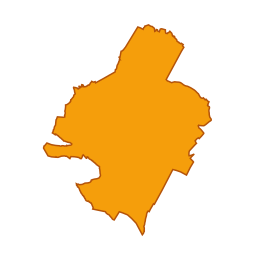 Xochitlán Todos Santos, Puebla, Mexico, rotated 6°
{"feature_id": "50627088B34360163600394", "entity_name": "Xochitlán Todos Santos", "entity_type": "district", "adm_level": 2, "iso_a3": "MEX", "parent_name": "Mexico", "parent_adm1": "Puebla", "projection": "albers", "projection_center": [-97.79, 18.694], "detail": "fine", "context": "isolated", "style": "filled", "palette": "amber", "viewbox_px": 256, "rotation_deg": 6, "n_neighbors": 0, "source": "geoboundaries", "source_scale": "gbopen_adm2", "svg_char_len": 5640}
<svg xmlns="http://www.w3.org/2000/svg" viewBox="0 0 256 256"><g transform="rotate(6 128 128)"><path d="M153.4,232.7L154.2,231.4L154.5,230.7L154.5,230.2L155.0,229.1L154.9,228.8L154.7,228.4L154.9,227.8L154.7,227.3L154.7,226.1L154.3,224.7L154.1,224.6L154.1,223.9L154.5,222.7L154.6,222.0L154.6,220.6L154.6,220.3L154.8,219.6L154.8,219.0L154.9,218.6L154.9,216.6L155.5,213.1L155.5,211.7L155.7,210.6L156.1,209.4L156.7,208.5L157.8,209.0L158.8,206.3L161.3,200.7L162.2,201.1L168.3,186.5L176.9,164.6L180.8,165.2L185.0,166.2L191.1,168.7L194.0,160.8L196.7,155.0L196.0,154.2L193.8,152.4L193.1,151.7L194.0,150.2L196.6,147.0L194.0,148.4L191.7,149.2L191.4,148.4L191.3,147.6L191.2,146.1L191.3,144.9L191.6,144.1L196.3,137.8L197.7,136.1L197.0,135.4L196.4,134.1L196.1,133.8L196.1,133.6L196.6,133.1L197.4,131.8L199.0,130.4L199.9,131.1L202.0,128.4L203.9,125.6L203.8,125.0L201.2,122.4L199.9,121.3L198.6,120.6L197.6,118.5L198.0,117.8L198.9,118.0L201.2,118.0L202.7,117.9L203.6,117.6L205.1,116.3L208.3,113.0L209.3,112.3L209.9,111.6L209.9,111.2L209.8,110.8L209.7,110.4L208.4,108.9L208.2,108.6L207.9,107.8L207.4,106.2L207.2,104.7L206.7,102.8L206.6,101.7L206.6,101.3L206.8,100.5L206.9,99.9L206.9,99.0L206.7,98.5L206.5,98.3L205.9,98.0L205.4,97.6L205.0,97.6L204.8,97.4L204.9,96.2L205.2,95.9L205.1,95.6L206.0,92.9L205.3,93.6L202.6,91.2L201.8,91.9L199.8,90.1L199.2,90.6L197.6,90.5L196.3,89.4L195.3,87.9L194.5,86.7L193.1,85.7L191.2,84.1L189.8,83.2L186.3,81.5L183.0,80.3L181.2,80.1L180.2,79.9L178.2,79.0L177.9,78.7L175.6,77.4L173.9,77.1L171.9,77.2L169.5,77.2L167.9,77.8L166.8,78.3L166.4,78.3L163.5,77.3L162.2,77.0L160.9,75.8L173.2,45.9L175.1,41.9L173.6,40.6L174.2,39.3L172.2,38.2L171.8,38.7L169.7,37.8L169.7,37.5L167.8,36.7L167.1,35.0L164.8,33.2L165.0,32.6L164.2,31.9L164.1,32.5L162.6,31.7L162.0,30.0L161.5,29.1L159.5,27.4L158.7,28.6L157.5,29.3L157.3,29.9L155.8,29.9L155.4,29.0L155.3,28.9L155.0,27.3L154.9,26.4L151.1,25.8L149.8,26.2L149.3,28.1L149.1,29.0L147.4,28.4L147.2,28.2L147.0,27.3L145.9,27.1L145.4,28.5L144.5,29.1L143.8,26.1L141.4,24.5L140.3,24.5L139.7,24.3L137.7,23.3L137.2,23.5L134.0,25.0L134.1,25.5L133.9,25.9L133.1,26.7L132.7,28.3L130.1,27.2L127.2,26.5L117.0,48.0L116.1,49.3L115.3,50.8L114.7,51.2L114.5,51.6L114.2,51.9L113.1,52.4L112.8,56.1L112.8,56.5L112.6,57.9L112.4,58.3L111.8,58.4L111.8,58.6L112.6,58.5L112.4,60.3L112.5,60.3L112.6,60.6L112.8,60.8L112.6,60.8L112.5,61.1L112.4,61.0L112.3,61.6L112.4,62.0L111.9,63.0L111.9,63.7L111.5,64.5L111.5,65.0L110.7,66.7L110.5,68.5L110.5,69.5L110.2,70.7L109.4,71.2L109.3,73.6L103.1,78.0L102.9,78.2L91.1,86.5L90.7,85.7L90.5,85.4L90.4,85.5L90.0,85.5L89.6,85.8L89.0,86.0L88.5,85.9L87.0,85.4L86.8,86.1L86.0,87.0L85.6,88.1L85.2,88.7L84.8,89.0L84.7,89.5L84.0,89.5L83.7,89.6L82.8,90.6L82.3,90.7L82.1,91.1L80.2,91.6L79.3,91.6L79.4,91.3L79.3,90.8L79.0,90.9L79.0,90.6L78.9,90.2L78.6,89.8L77.5,89.7L77.3,90.3L77.8,90.9L77.6,91.6L77.2,91.3L76.5,92.6L75.3,91.6L75.0,91.6L74.9,92.1L75.8,93.0L74.6,94.3L73.9,94.2L73.7,93.7L71.6,93.3L69.7,93.2L69.6,93.7L70.7,95.8L71.2,97.8L71.9,99.5L71.6,100.0L71.0,100.5L70.7,101.3L70.5,102.8L69.9,103.5L68.4,105.9L68.2,105.9L68.1,107.0L67.8,107.8L68.0,107.9L67.7,108.4L67.2,109.0L66.3,109.8L65.2,110.9L63.5,111.6L63.7,113.1L63.7,115.3L63.6,117.4L63.4,117.7L64.1,119.7L63.7,122.0L63.8,122.0L63.9,123.7L62.6,124.1L56.6,124.3L56.0,126.7L55.6,127.4L55.6,132.8L54.8,134.2L54.6,135.4L54.6,136.6L53.9,137.9L53.9,138.3L54.1,138.6L53.3,140.8L54.6,141.4L56.4,142.4L56.8,141.6L58.9,142.9L59.5,143.0L59.6,143.3L60.1,143.7L60.8,144.1L61.3,144.6L62.3,145.1L63.7,146.2L65.0,147.1L65.3,147.6L66.7,147.7L67.6,148.0L68.4,148.1L69.1,148.4L69.6,148.4L71.1,148.6L72.1,148.6L73.1,149.3L73.7,149.6L73.7,150.4L72.9,151.0L72.1,151.3L71.5,151.3L70.3,151.7L69.7,151.8L69.0,151.7L69.1,152.2L69.0,152.3L67.3,152.4L66.8,152.6L65.5,152.4L64.2,152.5L63.7,152.8L63.5,153.0L62.0,153.0L61.6,152.8L59.6,152.9L57.4,152.9L53.7,152.6L51.0,152.0L51.0,151.9L48.9,151.4L46.7,154.7L46.4,154.7L46.1,156.7L46.2,157.0L51.4,164.1L55.0,164.7L59.4,164.6L59.5,164.2L60.5,164.6L61.5,164.5L64.7,163.0L67.7,162.4L68.8,162.6L69.9,162.5L70.7,162.9L73.4,164.5L74.2,162.4L77.5,162.2L80.3,162.3L82.1,162.5L83.5,163.1L83.7,163.4L84.8,163.3L85.3,162.1L85.6,161.1L85.6,160.4L85.9,159.8L86.3,159.4L89.7,162.5L90.1,162.4L90.3,161.0L91.0,161.0L92.8,162.8L94.8,163.6L95.4,164.2L95.9,164.1L96.0,164.2L96.7,164.7L96.7,165.0L97.3,165.3L98.0,165.8L98.4,165.9L98.8,166.4L99.4,166.6L100.4,167.7L100.7,167.7L101.7,168.4L103.7,169.4L103.8,169.9L103.7,171.0L104.0,171.4L104.4,172.8L104.9,175.2L104.9,175.7L105.2,176.5L105.3,176.7L105.6,178.2L105.5,178.4L105.4,179.0L104.3,180.8L103.5,181.2L102.1,181.8L100.1,182.3L98.2,183.0L97.6,183.3L97.6,183.5L97.3,183.6L97.0,183.6L96.8,183.8L96.8,184.8L96.7,185.1L95.9,185.9L95.5,186.2L93.8,186.8L91.0,187.3L90.5,187.6L89.4,188.3L88.3,188.9L85.5,189.5L84.8,189.1L84.2,189.3L84.1,189.1L83.6,189.3L83.3,189.2L83.1,189.0L82.5,188.8L82.8,189.6L82.7,190.0L83.3,190.7L83.6,190.8L83.8,190.9L84.0,191.2L83.9,191.7L84.0,191.9L84.7,192.0L85.7,193.1L86.5,194.9L87.0,195.6L87.5,196.5L87.9,196.9L87.9,197.2L88.0,197.4L89.2,198.6L89.5,199.1L90.0,199.7L90.8,200.0L91.0,200.4L90.9,200.6L91.0,200.8L91.5,200.9L91.6,201.0L91.7,201.4L92.4,202.5L92.9,202.8L93.2,203.8L93.9,204.5L94.1,204.7L95.5,205.1L95.8,205.0L96.0,204.9L96.3,205.0L96.4,204.9L96.7,205.1L97.1,205.7L97.4,205.8L97.7,205.7L98.4,206.3L98.9,206.6L99.1,206.5L99.3,206.5L101.3,210.2L101.7,211.1L101.4,212.3L114.3,213.6L115.0,214.5L115.3,215.0L117.1,216.0L118.2,216.3L118.8,216.9L119.3,217.5L121.0,219.0L121.3,219.4L121.6,219.6L121.9,220.1L122.8,220.6L123.9,220.9L128.1,212.2L131.3,212.9L136.6,214.4L141.2,217.7L146.1,221.9L153.4,232.7Z" fill="#f59e0b" stroke="#b45309" stroke-width="1.5"/></g></svg>